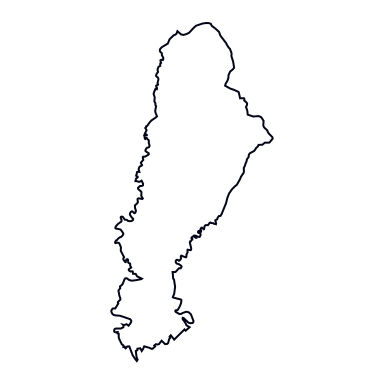 the district of Phuc Yen, Vĩnh Phúc, Vietnam
{"feature_id": "81297802B88984924666070", "entity_name": "Phuc Yen", "entity_type": "district", "adm_level": 2, "iso_a3": "VNM", "parent_name": "Vietnam", "parent_adm1": "Vĩnh Phúc", "projection": "robinson", "projection_center": [105.724, 21.314], "detail": "fine", "context": "isolated", "style": "outline", "palette": "ink", "viewbox_px": 384, "rotation_deg": 0, "n_neighbors": 0, "source": "geoboundaries", "source_scale": "gbopen_adm2", "svg_char_len": 6035}
<svg xmlns="http://www.w3.org/2000/svg" viewBox="0 0 384 384"><path d="M123.0,324.8L123.6,325.5L123.3,327.3L120.9,328.5L115.9,328.5L114.9,328.9L114.2,329.9L114.2,331.3L114.5,331.9L115.6,332.3L117.7,332.0L117.5,333.4L118.7,333.7L118.7,336.9L119.0,338.5L121.8,344.3L123.5,345.5L123.4,347.0L124.7,346.8L125.2,348.1L125.6,348.4L127.2,346.5L129.3,346.4L132.6,355.1L134.8,358.5L136.8,361.0L137.6,359.7L136.5,356.8L135.8,351.0L137.3,350.2L137.4,348.7L140.3,348.3L141.7,351.0L143.1,349.0L144.2,346.3L149.6,347.9L151.7,348.9L152.6,348.7L155.1,346.5L154.3,345.5L155.9,344.2L157.1,344.5L158.9,344.2L161.6,340.7L165.1,344.1L167.2,343.9L168.1,343.1L169.2,339.0L170.1,338.1L169.6,336.6L170.8,335.3L174.2,339.6L184.5,329.4L185.6,330.7L189.6,327.2L186.5,325.3L185.2,322.5L182.8,319.4L182.6,318.2L182.7,317.8L183.7,318.1L188.5,322.7L190.4,323.2L192.5,323.0L193.2,322.4L193.5,321.0L190.9,314.3L188.7,312.3L187.4,311.9L185.8,311.9L182.6,313.0L181.2,313.9L179.4,314.0L175.7,311.9L175.4,311.4L175.4,310.6L175.8,310.3L177.6,310.1L179.8,306.3L181.0,303.3L181.4,300.8L181.3,299.9L180.9,299.5L173.3,297.6L172.8,297.1L174.2,293.8L175.1,286.7L174.0,279.5L173.2,278.7L172.6,272.0L175.0,272.1L175.7,271.8L178.7,268.5L179.1,268.2L180.7,268.3L181.6,266.8L181.2,265.8L178.9,264.2L176.6,263.5L175.7,262.2L175.8,260.9L176.2,260.2L176.8,259.8L177.8,259.9L179.0,260.8L179.8,260.3L181.0,258.7L180.8,256.3L181.3,255.6L185.2,257.2L186.1,257.2L186.4,256.5L186.4,254.9L187.6,252.2L187.4,250.1L187.6,249.7L190.4,250.1L190.8,250.1L191.1,249.6L191.2,248.3L189.8,242.4L190.0,241.5L190.8,241.4L191.5,240.1L192.3,239.6L192.3,238.8L191.5,238.2L191.6,237.5L194.2,235.5L195.6,236.0L194.9,237.2L196.0,237.9L196.7,237.6L196.7,237.3L196.3,236.8L196.3,236.0L198.2,236.8L199.6,236.9L200.4,235.7L200.6,234.2L199.6,233.1L198.3,232.8L198.0,231.9L198.5,231.0L199.3,230.8L200.4,231.9L200.9,231.9L201.2,231.0L200.5,229.3L201.4,227.7L202.0,227.7L203.7,229.3L204.0,229.2L204.6,226.1L205.7,225.1L208.0,225.1L209.7,222.8L210.3,222.5L211.1,223.0L213.2,223.2L214.2,223.9L215.1,223.8L215.9,224.2L216.1,223.5L215.3,220.3L217.2,219.3L217.6,217.8L218.8,216.1L220.5,215.9L221.7,213.8L226.0,203.3L227.4,197.8L229.1,193.4L232.0,189.3L234.5,186.7L236.9,184.7L240.0,179.2L241.0,176.7L243.4,173.2L243.9,171.7L243.8,168.0L245.0,165.5L245.7,163.0L246.3,162.1L247.0,159.2L248.6,157.1L248.8,155.0L249.4,153.8L250.1,153.1L254.1,151.0L255.3,149.5L255.9,148.2L257.7,146.6L258.6,144.9L262.4,144.7L264.8,142.7L269.4,142.6L272.7,138.6L272.3,137.1L268.8,133.5L267.8,132.0L267.2,130.3L264.4,127.7L263.6,126.5L263.3,125.1L263.6,120.9L261.5,117.6L260.7,116.9L258.8,116.1L253.2,116.5L247.7,114.6L247.4,111.4L246.9,109.4L246.0,107.1L247.0,104.8L247.1,103.5L246.5,102.5L244.2,100.4L244.4,99.1L244.2,98.5L243.7,98.2L240.1,98.3L239.0,93.3L238.5,91.9L233.9,89.8L230.3,88.6L225.1,85.7L225.7,83.6L227.5,80.6L228.4,77.8L228.5,75.1L230.2,71.5L232.8,69.4L234.1,67.8L233.2,61.9L231.4,56.0L231.6,53.4L230.0,48.9L228.6,47.5L226.7,44.5L226.3,43.4L220.3,35.5L219.1,32.0L215.2,28.4L211.7,25.8L210.8,23.8L208.8,23.1L206.2,23.0L202.7,23.5L196.1,25.7L193.8,27.7L189.2,32.7L186.9,33.9L183.7,34.9L181.2,34.5L177.4,31.2L176.6,33.5L175.3,34.7L173.8,35.2L169.6,39.2L167.8,43.6L161.9,47.1L160.2,48.9L159.8,50.0L160.0,51.5L161.8,53.2L161.9,55.2L163.2,57.6L163.3,59.2L162.9,60.0L161.6,59.7L160.5,60.2L160.4,60.9L161.1,62.9L160.2,63.7L160.2,65.9L158.5,66.8L157.7,69.0L157.6,70.4L158.1,71.9L156.6,73.8L156.0,75.7L156.6,76.6L157.9,77.5L158.3,78.4L158.4,79.5L157.5,83.1L158.1,84.4L157.8,84.9L156.2,85.6L156.2,86.4L156.9,87.6L157.0,89.0L156.8,89.3L155.5,88.8L154.2,91.8L153.6,94.0L154.7,97.2L154.4,101.6L155.4,103.2L155.4,105.1L156.1,106.1L155.2,110.7L155.4,112.3L157.0,116.3L155.5,117.7L151.5,120.4L149.7,122.3L147.1,126.0L146.1,126.4L146.1,127.3L145.3,127.9L145.4,128.4L146.4,129.6L146.5,130.4L144.7,133.9L146.4,134.5L146.9,135.1L146.7,135.4L145.1,135.3L144.2,135.7L144.7,137.2L144.8,138.6L145.2,139.0L146.2,138.0L146.7,138.0L147.6,139.3L148.6,140.1L148.8,140.9L148.8,143.2L149.6,145.7L149.0,147.1L146.9,147.9L146.2,148.6L145.6,149.7L145.4,150.8L146.0,151.5L148.7,153.3L148.8,154.2L147.8,155.1L144.9,156.7L143.2,156.7L142.9,157.0L142.8,158.2L143.3,159.9L140.9,162.6L140.9,163.2L142.1,165.1L141.5,165.8L140.3,166.2L139.3,167.1L138.6,169.1L139.4,171.9L137.7,171.8L137.0,172.1L136.6,174.5L136.1,175.4L136.3,176.0L137.6,176.6L137.7,177.1L137.6,177.5L136.5,178.2L135.9,179.0L135.5,181.1L136.6,181.1L138.7,181.8L139.8,181.7L141.6,180.7L143.1,183.8L142.9,185.4L142.0,185.9L139.8,186.1L138.0,187.9L138.0,188.3L138.4,189.3L141.2,191.6L141.5,192.8L141.2,195.7L142.8,198.5L142.3,199.0L138.6,198.3L137.7,198.8L137.5,199.2L137.9,202.3L137.0,203.5L134.9,205.4L135.0,207.9L135.8,210.2L135.8,211.6L135.2,212.8L134.5,213.2L134.1,213.0L132.4,211.4L132.0,211.3L130.9,211.9L130.2,212.9L129.9,213.8L130.1,215.0L131.8,217.5L133.1,218.7L132.9,220.1L131.3,221.1L129.5,221.2L127.8,220.8L126.8,219.9L124.7,219.6L123.0,217.1L122.2,216.6L121.2,216.7L120.8,217.0L120.7,217.9L121.6,220.0L121.4,221.5L117.8,224.1L115.8,226.4L115.3,227.9L115.7,228.5L120.2,229.4L121.1,230.1L123.3,233.4L123.1,234.7L121.5,236.7L119.7,237.4L118.0,238.7L116.9,240.1L116.0,240.5L115.1,242.1L115.1,242.6L115.4,243.1L117.6,242.6L118.4,242.8L119.0,243.0L119.4,243.6L120.9,247.1L120.8,250.9L124.1,257.2L123.4,258.2L123.3,259.2L123.6,260.0L125.3,262.1L125.7,262.1L126.0,260.3L126.4,259.5L127.2,259.2L127.8,259.4L128.1,260.1L128.1,262.3L128.7,263.0L130.1,263.6L130.2,265.6L131.2,267.4L130.6,268.1L129.2,268.8L128.7,269.6L129.0,270.5L130.4,271.5L132.5,271.3L132.8,271.8L133.1,273.8L135.7,273.9L137.0,276.3L141.9,278.7L141.3,279.1L135.9,280.2L131.7,280.7L129.2,280.0L126.6,278.2L125.3,278.4L124.6,279.1L122.6,284.1L121.5,285.3L120.0,286.4L120.2,288.3L118.5,290.4L118.5,290.8L119.4,295.8L120.4,298.7L120.3,299.7L118.0,301.9L117.8,302.7L118.3,303.5L115.3,308.4L112.9,308.5L112.0,309.3L111.3,310.9L111.4,311.8L112.3,313.8L113.6,314.9L115.4,315.4L119.8,315.7L122.6,316.6L130.2,319.2L131.2,320.5L131.2,321.9L130.2,323.6L128.5,325.7L126.6,324.2L124.0,325.1L123.0,324.8Z" fill="none" stroke="#020617" stroke-width="2"/></svg>